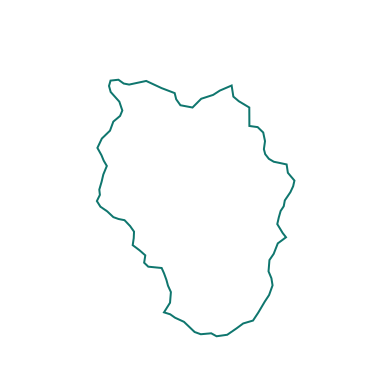 outline of Santo Antônio do Jardim, São Paulo, Brazil, rotated 230°
{"feature_id": "56859067B903124124790", "entity_name": "Santo Antônio do Jardim", "entity_type": "district", "adm_level": 2, "iso_a3": "BRA", "parent_name": "Brazil", "parent_adm1": "São Paulo", "projection": "robinson", "projection_center": [-46.682, -22.131], "detail": "fine", "context": "isolated", "style": "outline", "palette": "teal", "viewbox_px": 384, "rotation_deg": 230, "n_neighbors": 0, "source": "geoboundaries", "source_scale": "gbopen_adm2", "svg_char_len": 1319}
<svg xmlns="http://www.w3.org/2000/svg" viewBox="0 0 384 384"><g transform="rotate(230 192 192)"><path d="M248.1,290.8L251.8,278.5L252.8,270.6L257.5,259.0L256.4,246.7L265.9,238.9L273.2,239.5L278.9,242.3L291.1,235.5L306.5,228.3L314.7,212.9L319.0,209.4L325.3,207.8L329.7,201.2L326.6,196.6L320.9,194.0L307.9,194.4L299.2,191.0L296.5,185.8L296.5,177.0L291.7,168.6L290.9,157.3L286.6,147.9L278.4,146.3L272.7,144.5L266.7,143.5L262.4,135.3L258.0,129.4L253.4,122.5L249.0,119.6L246.2,113.3L239.6,112.4L231.7,114.6L223.3,115.6L218.5,118.4L213.8,122.2L205.7,122.7L198.9,122.1L194.1,117.7L189.4,112.4L181.3,114.3L173.5,115.5L168.6,109.9L162.9,110.5L158.4,114.9L153.3,119.9L147.7,118.3L141.1,115.9L135.7,113.4L128.9,111.5L121.3,104.0L117.8,93.2L112.3,96.7L106.6,98.2L97.7,102.4L89.6,103.3L83.1,104.0L77.4,107.3L71.4,115.9L65.7,118.1L60.0,127.2L58.9,138.5L58.4,146.7L54.3,156.1L57.0,165.2L61.3,177.4L63.5,184.8L68.7,193.7L74.9,197.4L82.0,199.6L90.1,207.6L92.1,214.8L97.5,224.7L96.9,234.9L102.3,235.1L112.6,236.7L116.7,242.1L120.5,247.7L122.1,253.1L125.9,257.7L128.6,267.2L131.4,273.2L134.9,277.8L145.1,277.8L152.3,282.2L158.2,277.6L162.6,274.1L168.0,272.2L173.9,272.4L178.6,274.6L184.0,280.6L191.8,284.8L199.5,284.0L205.7,278.4L219.9,290.2L231.5,286.2L238.5,285.0L248.1,290.8Z" fill="none" stroke="#0f766e" stroke-width="2"/></g></svg>